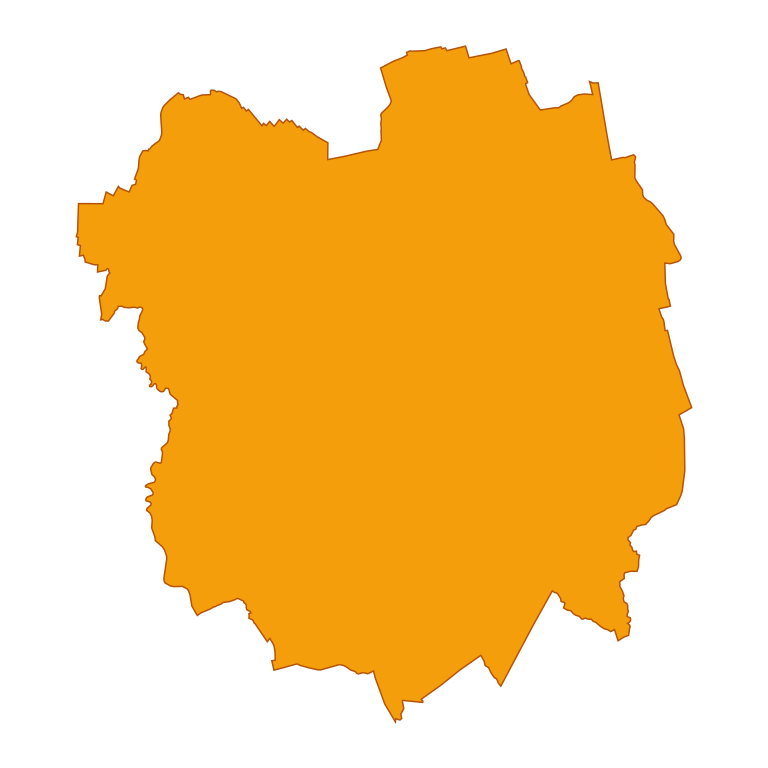 Damnoen Saduak, Ratchaburi, Thailand (Robinson projection)
{"feature_id": "78962969B9936317507075", "entity_name": "Damnoen Saduak", "entity_type": "district", "adm_level": 2, "iso_a3": "THA", "parent_name": "Thailand", "parent_adm1": "Ratchaburi", "projection": "robinson", "projection_center": [99.957, 13.565], "detail": "fine", "context": "isolated", "style": "filled", "palette": "amber", "viewbox_px": 768, "rotation_deg": 0, "n_neighbors": 0, "source": "geoboundaries", "source_scale": "gbopen_adm2", "svg_char_len": 6063}
<svg xmlns="http://www.w3.org/2000/svg" viewBox="0 0 768 768"><path d="M636.1,180.6L634.8,177.7L635.0,165.0L634.3,161.9L635.4,158.8L635.5,156.7L633.6,154.8L624.9,157.7L623.2,157.4L611.6,159.9L607.4,137.4L598.2,82.9L592.9,83.0L589.6,81.5L592.7,94.6L584.5,94.0L577.6,94.9L574.1,96.9L571.7,100.3L568.8,102.7L561.0,106.0L558.4,107.9L554.7,107.8L540.3,110.0L529.1,94.5L525.6,84.3L525.7,83.7L527.6,82.6L525.7,77.1L524.9,76.7L523.4,71.8L521.4,68.1L521.6,67.0L519.2,60.7L518.6,60.5L511.0,63.8L506.1,49.0L491.7,53.3L469.0,57.8L465.5,46.1L446.8,50.7L445.3,47.9L441.8,48.8L440.8,46.9L431.9,48.6L424.7,50.7L411.4,51.2L409.9,50.9L406.6,52.4L407.2,55.2L402.1,57.9L393.7,61.1L380.6,68.0L386.2,86.8L391.4,101.1L390.0,104.4L387.6,107.4L381.7,113.0L380.7,114.9L381.5,118.6L380.8,123.6L381.3,128.1L381.0,131.1L381.4,140.3L377.7,149.5L366.9,151.1L344.2,156.4L327.7,159.6L327.9,142.8L316.9,136.6L311.8,132.7L309.0,131.5L305.4,128.4L303.3,130.4L299.2,126.1L297.8,127.4L297.3,127.3L291.8,120.5L289.5,122.0L286.6,119.2L283.2,123.2L279.3,119.6L274.2,126.4L269.7,121.4L266.3,125.6L263.5,123.4L262.0,125.8L248.4,109.4L246.3,111.1L243.6,107.4L241.7,108.3L239.2,102.8L236.0,98.8L220.8,91.5L218.1,91.3L216.6,91.9L214.3,90.4L211.3,90.1L210.4,91.2L210.6,93.8L210.2,94.7L201.7,95.0L189.8,99.4L188.5,97.3L184.5,98.9L183.2,94.7L180.3,94.3L178.4,92.8L170.3,99.5L164.5,105.2L162.8,107.5L161.1,112.3L160.7,114.5L161.0,120.5L161.8,132.0L161.5,134.9L159.5,140.5L152.4,145.7L149.5,149.2L148.6,149.2L148.2,150.9L145.2,150.5L142.8,150.9L139.8,156.5L139.1,159.0L138.4,168.4L134.5,179.1L136.0,179.8L136.5,180.6L135.5,184.3L132.0,185.4L129.2,192.0L119.9,188.1L118.4,186.4L113.3,195.8L106.2,192.0L103.0,203.7L78.5,203.6L77.6,231.9L76.3,236.7L78.2,237.4L77.4,244.6L80.4,245.7L79.4,256.1L83.4,255.2L85.1,259.7L85.2,262.0L94.4,264.8L97.8,264.7L97.5,272.0L105.8,270.3L107.1,268.8L107.7,268.6L108.6,269.3L109.0,271.8L109.8,273.1L108.0,275.0L107.2,276.6L105.3,288.6L101.1,295.9L99.5,295.7L99.3,297.7L101.7,314.2L100.7,319.9L102.7,319.4L105.2,320.9L108.4,321.1L114.4,312.9L114.5,311.3L117.4,308.9L118.3,306.4L121.9,306.2L123.8,307.2L128.6,307.8L134.5,307.2L137.7,308.1L138.8,307.2L140.8,307.2L141.8,307.7L142.7,308.7L142.3,310.8L139.9,315.7L139.2,320.2L138.4,322.3L137.8,327.9L138.9,330.4L142.1,332.9L144.7,337.3L144.9,339.1L143.7,341.5L144.6,344.0L147.4,348.9L144.6,352.0L143.8,354.3L139.4,356.6L138.6,358.5L137.1,360.3L136.9,361.7L138.1,362.9L141.3,363.3L141.7,365.9L141.1,368.7L141.7,369.2L142.9,369.4L145.2,367.0L146.2,367.4L146.1,371.8L148.8,373.6L150.1,375.4L150.4,376.8L149.8,379.2L151.2,380.4L151.6,381.8L150.9,384.6L149.5,385.1L149.7,386.4L151.2,386.8L152.3,386.4L154.3,383.8L155.5,383.6L156.6,385.3L156.6,387.5L157.2,389.0L159.8,391.2L161.3,391.8L163.6,391.4L165.7,388.1L168.5,388.5L170.3,394.4L177.6,400.5L177.5,402.9L178.1,404.2L176.9,406.5L176.9,407.9L173.5,408.2L172.0,413.5L170.0,415.2L171.4,418.1L170.9,419.3L168.9,421.0L168.9,425.3L170.2,429.0L170.2,430.8L168.8,434.3L168.3,439.9L167.6,442.5L161.5,447.9L161.3,449.4L162.3,451.4L162.5,453.3L161.3,462.6L160.0,463.2L155.9,462.0L154.4,462.5L152.8,464.3L150.8,467.8L150.8,469.8L151.9,474.5L154.6,477.1L155.4,478.9L155.4,480.5L154.4,482.2L148.6,483.8L145.9,485.4L145.4,486.4L146.1,487.2L147.9,487.4L150.9,488.9L153.2,492.8L153.1,494.1L152.3,495.1L147.6,496.8L146.5,497.7L145.7,499.9L146.3,501.0L149.9,501.9L151.2,503.4L151.0,504.8L147.1,508.4L146.5,509.9L146.8,510.6L150.1,513.1L151.6,516.3L152.2,520.6L151.7,527.9L154.9,536.9L155.4,540.7L162.1,546.5L164.7,550.2L166.6,556.2L166.7,559.0L163.9,578.4L164.2,581.2L165.0,582.9L170.4,585.9L173.9,586.6L182.5,586.4L187.2,588.9L188.5,590.7L190.0,594.8L191.9,606.1L197.3,615.5L200.7,613.0L211.3,608.5L213.5,606.9L215.5,606.6L216.9,605.5L221.0,604.1L223.5,602.3L229.1,601.7L234.6,599.8L237.5,598.3L243.7,601.1L243.9,602.6L245.9,604.2L246.4,606.5L246.2,607.7L247.0,609.9L250.3,611.4L250.8,612.2L250.8,613.1L249.6,613.2L248.8,614.0L249.2,615.4L248.9,618.2L252.9,620.1L254.2,623.2L255.1,623.7L267.3,641.7L269.9,638.4L273.1,643.8L274.1,646.1L275.1,652.5L275.2,660.2L271.8,660.8L274.0,670.2L297.2,663.9L300.2,665.4L309.2,667.9L317.7,669.8L320.5,669.9L339.5,664.6L343.6,665.5L345.9,666.6L351.0,670.2L355.2,671.5L357.0,673.5L358.4,673.9L363.4,672.6L367.8,673.8L373.5,671.0L375.5,678.7L384.8,704.0L395.4,721.9L395.8,718.7L399.9,720.0L401.7,718.5L400.9,714.1L403.8,708.5L402.4,701.7L402.5,700.4L422.7,702.4L422.9,701.2L421.3,699.6L421.5,699.0L441.0,685.1L459.5,670.3L480.8,655.3L484.1,661.2L485.2,665.6L488.6,667.6L491.2,673.1L494.3,677.6L496.7,679.0L498.5,683.3L500.8,686.2L533.1,625.3L552.3,590.9L554.6,592.5L556.4,592.8L557.8,593.9L560.5,598.3L561.1,601.5L564.6,602.6L564.9,603.5L563.6,608.0L567.5,610.2L570.9,610.7L573.2,613.5L575.6,615.2L579.3,616.3L581.8,619.1L583.1,619.1L585.3,618.0L588.4,619.3L591.3,619.1L593.2,621.4L595.6,622.2L600.5,626.4L604.4,628.8L607.8,629.7L610.7,631.6L614.5,629.6L618.1,640.8L623.8,637.1L628.6,635.3L629.7,627.6L630.2,627.0L629.8,626.5L629.9,625.4L627.5,623.3L629.0,622.6L630.5,620.9L630.5,618.5L630.1,617.7L627.3,616.6L627.1,616.0L627.3,613.9L628.4,611.4L627.7,609.2L627.7,605.7L626.8,603.4L624.0,601.8L623.3,598.6L624.0,595.2L623.5,594.9L622.8,592.0L619.7,586.0L620.0,584.4L619.6,582.4L620.5,581.1L624.3,578.4L624.0,574.6L624.7,572.8L630.4,571.3L637.0,571.3L638.5,567.0L638.7,559.9L639.6,555.3L636.8,554.2L636.4,551.1L634.0,551.5L632.9,550.8L631.9,547.3L629.9,545.0L630.5,542.6L627.9,539.8L628.2,537.4L630.9,535.6L633.6,530.1L635.8,529.2L636.8,526.5L642.0,524.9L645.6,524.5L649.3,520.4L651.0,517.6L653.4,515.7L664.6,510.4L666.0,508.9L676.6,504.6L680.8,495.5L682.2,491.2L684.8,470.7L684.4,438.9L683.6,428.8L679.0,414.9L691.7,407.6L683.5,385.6L679.3,370.3L676.7,365.2L673.8,356.6L667.5,330.4L665.1,330.6L663.9,321.5L663.2,319.1L661.8,317.3L658.9,308.8L670.4,306.2L669.1,299.6L668.1,298.4L665.4,283.3L664.8,263.1L670.3,263.7L678.1,261.5L680.5,259.6L681.1,258.4L680.9,256.3L674.3,244.2L673.7,241.3L673.8,234.3L666.2,224.4L664.9,219.8L663.1,215.9L652.8,204.0L650.4,201.9L646.6,200.0L643.7,197.2L642.8,194.8L642.4,189.7L636.1,180.6Z" fill="#f59e0b" stroke="#b45309" stroke-width="1.5"/></svg>